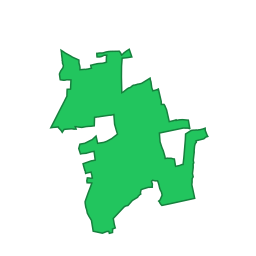 Kantunil, Yucatán, Mexico (Albers equal-area conic projection), rotated 252°
{"feature_id": "50627088B31709995716796", "entity_name": "Kantunil", "entity_type": "district", "adm_level": 2, "iso_a3": "MEX", "parent_name": "Mexico", "parent_adm1": "Yucatán", "projection": "albers", "projection_center": [-88.955, 20.752], "detail": "fine", "context": "isolated", "style": "filled", "palette": "green", "viewbox_px": 256, "rotation_deg": 252, "n_neighbors": 0, "source": "geoboundaries", "source_scale": "gbopen_adm2", "svg_char_len": 5836}
<svg xmlns="http://www.w3.org/2000/svg" viewBox="0 0 256 256"><g transform="rotate(252 128 128)"><path d="M202.5,153.5L201.7,150.4L201.2,148.9L200.7,147.4L199.5,145.1L199.3,144.4L200.0,144.3L200.3,144.3L200.6,144.3L201.1,144.3L201.4,144.2L201.7,144.1L202.3,143.9L202.5,143.9L203.4,143.6L203.7,143.5L204.0,142.6L204.2,141.8L204.3,141.4L204.5,140.9L204.9,139.5L205.4,137.9L205.7,137.1L205.7,136.8L206.0,136.0L206.1,135.5L206.3,135.1L206.4,134.6L206.4,134.4L206.6,133.8L206.7,133.4L206.9,132.0L207.0,131.2L207.1,130.4L207.1,129.9L207.1,129.6L207.1,128.7L207.1,127.9L207.2,127.4L207.2,127.2L207.2,126.9L207.4,126.3L207.4,126.1L207.7,125.4L207.9,124.8L208.1,124.1L208.3,122.9L208.4,122.5L208.4,121.9L208.6,121.4L207.6,121.1L207.4,121.0L206.0,120.7L205.2,120.5L204.9,121.3L204.7,122.0L204.5,122.7L204.3,123.3L204.3,123.9L204.2,124.5L204.2,124.9L204.2,125.3L204.3,126.0L204.4,126.6L204.5,127.3L204.5,127.7L204.5,128.2L204.3,128.6L204.2,129.0L203.8,130.3L203.1,129.9L202.1,129.4L200.4,128.8L199.4,128.4L198.6,128.2L197.8,127.9L197.4,127.9L197.3,127.0L197.3,126.5L197.3,126.2L197.3,125.2L197.4,124.3L197.5,123.4L197.8,122.4L198.3,120.3L198.5,119.6L198.6,118.8L198.7,118.3L198.7,117.6L198.8,116.8L198.8,116.5L198.9,115.9L199.0,114.7L199.0,113.6L199.1,112.9L199.2,111.9L198.7,111.8L198.1,111.8L197.8,111.8L196.7,111.7L196.2,111.7L196.3,110.5L196.3,109.6L196.4,109.0L196.4,108.7L196.4,108.2L196.7,107.1L196.7,106.2L196.8,105.9L197.0,105.4L197.2,104.9L198.3,100.3L198.9,100.5L200.3,101.0L200.7,101.1L201.5,101.2L202.0,101.3L203.1,101.3L203.5,101.4L204.1,101.4L204.7,101.4L207.8,102.3L212.5,97.1L214.3,95.6L218.9,91.3L220.3,90.3L222.6,88.4L220.0,88.0L218.6,87.6L216.6,87.2L213.8,86.7L212.4,86.2L211.4,86.3L210.6,85.9L210.0,85.9L209.6,85.7L207.6,85.9L206.8,85.5L206.0,85.2L205.4,84.7L202.9,81.5L200.9,79.7L200.3,79.4L196.3,78.7L195.1,78.5L194.8,78.5L193.4,81.3L193.0,82.6L192.8,84.6L191.4,88.6L191.1,88.5L189.2,87.8L188.1,87.4L186.9,86.9L183.3,85.6L183.1,85.5L182.7,85.3L183.0,84.3L183.4,82.8L183.6,82.1L182.4,81.6L179.9,80.7L177.6,79.9L177.0,79.7L176.3,78.9L176.0,78.6L174.6,77.2L172.4,75.1L171.7,74.3L170.3,73.0L169.6,72.2L168.5,71.1L165.6,68.2L165.2,67.8L163.8,66.4L163.3,65.9L161.2,63.8L160.3,62.9L159.8,62.4L156.8,59.4L156.3,58.9L155.3,57.9L153.7,56.3L152.5,55.1L152.1,54.7L152.0,55.3L151.8,56.4L151.6,57.5L151.3,58.4L151.2,59.0L150.8,60.8L150.7,61.6L150.5,62.0L149.9,61.9L149.1,62.3L146.2,63.6L144.2,64.1L146.4,66.8L145.8,69.6L145.0,72.8L144.8,73.7L144.7,74.0L144.0,75.6L143.8,75.9L143.4,76.9L143.2,77.8L143.0,78.3L143.6,78.3L144.0,78.3L145.6,78.2L145.3,79.1L144.1,81.4L143.4,83.0L143.0,83.8L142.9,84.1L142.8,84.4L142.3,88.5L141.7,91.2L141.3,92.5L141.2,93.0L141.1,93.4L140.5,96.6L148.5,99.5L148.3,100.7L148.1,101.3L148.1,101.6L148.0,102.4L147.7,103.5L147.6,104.4L146.9,108.5L145.9,114.3L145.5,115.7L145.4,116.4L145.3,117.1L145.3,117.7L145.2,118.7L135.7,116.4L130.2,116.2L125.4,116.1L122.9,109.2L122.6,107.3L122.5,106.9L121.9,103.6L121.8,100.5L122.8,94.4L130.2,95.1L128.0,90.4L127.9,89.8L127.9,89.4L126.8,82.2L127.5,77.3L123.7,74.8L118.0,74.8L117.8,76.6L116.9,80.3L116.9,80.8L116.7,86.0L116.5,86.8L116.5,87.0L116.4,87.7L116.3,88.5L107.6,86.9L107.7,85.6L107.8,85.1L107.8,84.9L107.8,84.7L108.1,83.0L107.9,74.2L105.2,74.0L104.7,74.0L102.9,73.9L101.8,73.9L101.3,73.8L100.9,73.9L100.6,74.0L100.2,74.1L99.6,73.9L99.0,73.8L97.9,73.7L97.9,75.1L97.7,77.0L97.6,78.4L97.5,79.2L95.7,79.1L93.8,79.0L92.6,78.7L91.4,78.6L91.7,77.0L92.1,76.3L92.6,75.3L93.1,73.9L90.5,72.5L88.5,72.2L87.3,75.8L86.9,76.1L86.9,76.4L86.8,76.6L86.0,76.0L82.9,73.6L78.6,70.1L71.3,64.5L70.7,64.3L69.5,64.0L65.9,63.4L63.0,63.4L59.6,63.0L56.1,63.6L51.5,64.7L40.6,63.0L35.9,71.1L35.9,72.1L36.1,74.8L36.1,75.9L36.0,76.2L36.0,76.3L35.6,77.7L34.8,77.8L33.6,77.7L33.4,81.0L34.1,81.2L36.1,82.0L36.7,82.0L36.9,85.0L37.7,85.0L40.9,85.2L45.6,85.9L46.5,86.0L52.4,96.7L54.1,99.8L54.3,100.7L54.5,100.9L54.5,102.5L54.3,104.0L57.7,109.7L58.7,113.8L59.1,115.7L60.1,116.8L60.4,117.5L61.0,118.7L61.2,119.7L62.8,119.9L65.3,121.4L65.4,123.1L65.4,123.4L65.3,128.9L64.2,132.8L65.2,133.1L67.2,133.9L69.8,133.8L70.1,134.0L70.7,135.3L69.4,137.4L68.6,139.8L66.4,139.9L64.0,139.8L60.8,139.5L58.9,139.6L56.9,140.0L54.6,139.8L53.6,139.7L49.6,136.2L49.0,134.6L48.2,135.0L46.8,135.2L45.1,135.7L43.9,136.3L43.0,144.2L40.5,169.7L53.7,171.1L55.1,171.4L55.7,171.8L56.9,172.3L58.5,172.8L60.1,173.4L61.4,174.9L64.7,175.2L70.3,177.8L73.8,178.9L74.5,179.8L75.6,179.9L77.1,180.1L84.6,183.5L86.0,183.9L90.2,185.7L92.1,186.9L93.1,188.1L93.2,188.5L94.8,188.8L94.3,196.8L94.9,198.3L95.2,198.7L95.3,199.1L95.3,201.3L96.7,201.0L101.7,200.7L104.0,201.3L103.9,198.9L104.1,195.9L104.4,194.7L104.5,193.5L105.0,192.4L105.3,190.9L105.6,190.0L106.1,187.8L105.9,186.3L104.6,181.3L104.5,180.9L99.1,178.9L82.7,172.0L76.3,169.1L76.6,168.1L76.5,166.8L76.4,165.7L76.5,164.3L76.8,161.5L77.6,161.5L83.5,162.4L84.2,162.5L84.7,161.4L85.8,159.8L86.8,156.9L87.1,156.3L87.5,153.9L89.3,154.3L95.3,154.5L99.3,154.2L104.9,154.2L109.1,155.2L113.5,156.3L111.0,179.4L110.9,180.4L109.3,185.2L108.3,186.4L108.3,186.6L116.8,187.8L119.1,182.4L119.9,179.3L120.3,176.1L120.9,176.2L120.9,174.8L121.0,172.5L121.3,169.2L133.3,170.3L138.1,169.9L139.3,169.5L140.1,167.0L142.9,167.8L155.7,168.9L155.6,168.1L155.2,167.7L155.5,167.3L155.5,165.7L155.5,165.3L155.7,163.1L157.5,163.1L158.1,163.0L159.3,163.1L164.8,164.1L166.7,164.1L168.6,164.4L166.3,155.0L166.3,153.8L166.4,152.4L166.5,151.7L166.6,151.2L166.7,150.5L166.7,150.0L166.6,149.2L166.7,148.8L166.7,147.9L166.9,147.0L167.0,146.6L167.0,145.9L166.8,145.3L166.6,144.6L166.4,144.3L166.0,143.2L165.8,142.6L165.8,142.2L165.8,141.8L165.9,141.3L165.7,140.6L165.7,140.3L165.6,139.7L165.0,138.1L164.9,137.8L164.8,137.5L164.6,137.1L164.5,136.8L164.1,135.6L163.8,135.1L163.7,134.6L163.5,133.0L178.5,137.5L188.9,141.0L196.2,144.0L195.1,149.2L194.4,153.6L202.5,153.5Z" fill="#22c55e" stroke="#15803d" stroke-width="1.5"/></g></svg>